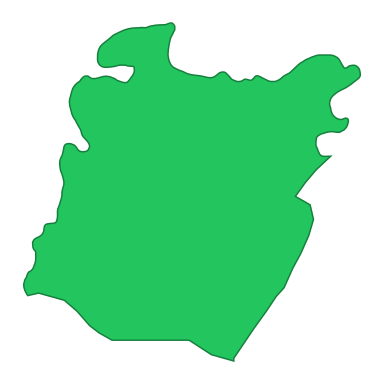 outline of Onsong, Hamgyŏng-bukto, North Korea
{"feature_id": "82179303B70197071761439", "entity_name": "Onsong", "entity_type": "district", "adm_level": 2, "iso_a3": "PRK", "parent_name": "North Korea", "parent_adm1": "Hamgyŏng-bukto", "projection": "orthographic", "projection_center": [129.959, 42.885], "detail": "fine", "context": "isolated", "style": "filled", "palette": "green", "viewbox_px": 384, "rotation_deg": 0, "n_neighbors": 0, "source": "geoboundaries", "source_scale": "gbopen_adm2", "svg_char_len": 5673}
<svg xmlns="http://www.w3.org/2000/svg" viewBox="0 0 384 384"><path d="M233.8,361.0L233.8,358.3L253.4,329.2L266.4,311.1L276.2,296.5L284.1,287.7L292.8,268.2L300.8,253.5L308.8,235.4L313.5,219.4L310.1,204.8L295.4,196.4L305.4,182.5L316.1,169.9L330.7,156.2L324.2,156.4L322.9,156.2L322.0,156.0L321.1,155.5L320.5,155.2L319.6,154.1L318.0,150.5L317.4,148.7L316.7,147.3L316.5,146.5L316.1,145.8L316.0,145.4L315.9,144.2L315.9,142.5L316.3,138.9L316.7,137.3L317.1,136.7L318.8,135.3L321.2,134.0L326.5,132.4L328.2,132.0L331.6,131.6L333.8,131.8L336.2,132.2L339.6,132.3L341.2,131.3L341.8,131.1L344.2,129.8L345.9,127.9L346.4,127.3L347.1,125.9L347.5,124.9L348.3,121.9L348.4,121.3L348.3,120.0L348.1,119.4L347.8,119.0L347.4,118.6L346.7,118.3L346.0,118.1L345.3,118.2L344.5,118.4L342.8,119.1L342.0,119.4L341.3,119.5L339.5,119.4L336.9,118.5L336.3,118.1L334.4,116.7L333.3,115.5L332.8,114.9L332.3,114.0L332.0,113.2L331.6,112.5L331.1,110.9L330.8,109.5L330.7,108.2L330.2,106.8L330.1,106.1L329.9,105.7L329.6,104.5L329.6,104.0L329.7,102.1L330.4,99.7L331.1,97.9L331.7,97.3L331.8,97.0L333.5,95.2L334.7,94.2L336.1,93.1L337.7,91.9L341.8,89.7L346.1,87.6L347.4,86.7L349.5,85.4L353.6,82.3L354.2,81.7L355.1,81.1L357.4,79.3L359.1,77.9L359.6,77.1L360.2,75.7L360.3,73.7L360.1,72.6L359.8,70.9L359.4,69.3L358.9,68.5L358.2,67.5L356.9,66.4L355.7,65.6L355.0,65.4L354.4,65.3L352.3,65.3L350.1,65.7L348.7,66.2L347.5,67.2L346.2,68.0L345.1,68.2L344.6,68.1L344.1,67.8L343.2,66.5L341.8,64.3L341.3,63.2L339.1,59.4L337.3,57.6L335.2,56.4L333.4,55.6L331.5,55.2L329.9,55.0L319.5,55.0L317.6,55.2L315.4,55.8L313.1,56.7L312.5,56.8L305.9,59.7L301.8,62.3L301.3,62.5L298.8,64.3L290.3,72.3L288.8,73.4L287.1,74.2L283.9,76.0L282.8,76.8L281.2,78.3L279.8,79.3L279.1,79.8L276.2,81.2L275.5,81.4L273.7,81.5L272.6,81.5L271.0,81.5L269.8,81.3L268.2,80.8L263.3,78.4L260.1,76.7L258.0,75.9L257.5,75.8L257.0,75.8L256.1,75.9L255.5,76.2L254.8,76.9L254.0,77.9L253.1,78.7L252.4,79.5L252.0,79.9L251.5,80.0L250.5,80.3L249.9,80.2L248.8,80.0L246.9,79.4L245.5,79.2L244.6,79.3L244.1,79.5L242.1,80.8L241.4,81.1L240.7,81.3L238.6,81.6L237.2,81.5L235.1,80.8L233.0,79.9L232.5,79.7L231.4,79.0L230.8,78.3L230.3,77.5L229.1,76.2L227.4,74.4L226.8,73.9L226.2,73.2L224.9,72.4L224.0,72.0L221.5,72.1L219.6,72.8L218.9,73.3L215.5,76.0L214.8,76.5L213.3,77.2L211.9,77.6L211.3,77.7L208.3,77.6L205.0,76.9L201.8,76.1L197.6,75.5L194.7,75.2L192.1,74.8L190.3,74.5L187.5,73.7L186.4,73.3L183.5,71.8L178.4,69.9L174.8,68.1L173.3,67.2L172.8,66.9L171.0,64.9L169.8,62.5L169.5,61.7L168.9,60.2L168.1,56.0L168.0,53.3L168.2,52.0L168.3,49.4L168.7,47.6L168.7,46.8L169.1,44.9L169.1,44.1L169.4,43.3L169.8,41.3L170.5,38.3L171.6,36.1L172.3,34.6L173.3,32.8L173.5,32.2L174.4,30.6L174.7,29.9L174.8,28.4L174.8,27.0L174.7,26.1L174.4,25.5L173.8,24.7L172.7,23.4L172.2,23.2L171.7,23.0L169.8,23.1L165.7,24.6L165.2,24.7L157.8,25.0L154.3,25.4L149.7,26.3L147.3,27.2L146.7,27.5L146.4,27.6L144.7,27.7L140.8,27.5L139.0,27.8L133.6,28.0L131.6,28.2L128.1,28.9L124.1,30.1L121.1,31.4L116.3,33.7L113.7,35.0L112.5,35.9L108.8,39.2L105.5,41.7L102.0,44.6L101.0,45.8L100.5,46.2L99.5,48.0L98.8,49.4L98.6,50.0L97.9,52.9L97.6,54.4L97.6,55.2L97.5,59.3L97.7,61.0L97.9,62.1L98.8,63.8L99.7,65.0L101.6,66.4L102.7,66.9L104.2,67.2L107.0,67.3L108.5,67.1L110.8,67.0L115.6,66.2L118.4,65.3L121.7,65.1L125.3,65.2L125.9,65.3L126.9,65.7L128.1,66.0L129.8,66.1L130.8,66.3L132.2,66.2L133.1,66.4L133.6,66.7L134.1,67.4L134.2,68.3L134.3,70.3L134.3,71.3L133.9,73.0L133.6,73.6L132.4,75.8L131.4,77.0L129.7,79.5L128.4,81.1L127.0,82.4L125.8,82.6L125.0,82.6L123.2,82.4L121.9,82.1L120.0,81.4L117.3,80.4L116.2,79.7L114.9,78.8L113.5,78.1L112.8,77.9L110.1,76.8L108.6,76.5L106.4,76.2L104.0,76.4L102.8,76.6L101.9,77.0L100.8,77.1L98.3,77.9L95.6,78.5L93.6,78.6L92.1,78.5L91.1,78.2L90.4,77.8L89.7,77.3L88.8,76.7L88.2,76.2L87.5,76.0L86.5,76.0L85.7,76.0L84.9,76.2L84.3,76.4L83.3,77.0L82.3,78.0L81.5,78.7L79.9,81.1L79.3,81.7L78.5,82.1L77.0,83.2L74.9,85.2L73.7,87.0L72.8,88.4L71.8,91.3L71.5,92.3L71.0,94.2L70.7,95.1L70.6,96.2L69.9,98.2L69.4,101.1L69.4,102.0L69.8,105.8L70.3,107.6L70.6,109.2L70.9,110.0L71.4,111.7L71.5,112.6L71.7,113.4L73.1,116.8L73.3,117.1L74.5,119.1L75.2,120.0L78.0,125.4L80.2,129.0L81.0,131.0L81.5,133.2L82.3,135.4L82.7,136.0L83.3,136.9L84.8,138.5L86.7,140.5L88.0,142.2L88.9,143.7L89.4,145.3L89.6,146.1L89.4,147.4L89.1,148.0L88.7,148.7L88.2,149.8L87.7,150.4L87.2,150.8L85.7,151.4L84.0,151.7L81.8,151.8L79.6,151.1L79.0,150.7L78.5,150.3L77.4,149.0L76.1,146.9L75.0,145.8L74.5,145.3L73.8,144.9L71.8,144.1L70.9,143.8L69.4,143.6L68.6,143.6L67.1,143.8L66.5,143.9L65.4,144.5L64.7,145.3L64.4,145.9L63.9,147.1L63.8,147.8L63.4,150.2L62.4,154.4L61.9,155.9L60.8,157.9L60.0,160.3L59.7,162.2L59.7,164.4L60.2,168.5L60.5,170.2L61.2,172.3L61.9,173.9L63.2,178.3L63.6,180.3L63.8,181.0L63.9,182.0L63.9,182.9L63.9,184.4L63.7,185.3L62.8,188.2L61.9,192.2L62.0,193.9L61.9,195.2L61.7,196.9L61.1,199.3L60.7,200.4L59.8,203.6L58.4,207.6L57.9,208.7L57.6,210.1L57.5,211.2L57.5,216.8L56.8,220.7L56.2,221.8L55.8,222.4L55.2,222.8L53.7,223.2L50.1,223.5L47.7,223.8L46.4,224.2L45.9,224.4L45.1,225.2L44.5,226.1L44.2,227.4L43.7,231.0L43.5,231.7L43.3,232.3L42.6,233.6L42.2,234.2L41.1,235.4L39.8,236.3L38.5,237.0L36.9,237.7L35.2,238.7L34.0,239.7L32.8,241.8L32.6,242.6L32.6,243.3L32.9,246.8L33.0,247.6L33.6,249.1L35.3,251.2L35.6,252.0L35.7,252.6L35.8,257.9L35.6,260.7L35.1,262.8L34.8,263.8L33.0,268.4L32.5,269.2L31.1,270.7L30.4,271.2L29.1,271.8L28.6,272.2L28.2,272.7L27.2,274.7L26.5,277.0L26.1,277.8L25.0,279.6L24.7,280.2L24.1,282.8L23.8,283.7L23.7,284.6L24.0,287.8L24.3,288.6L24.9,290.5L25.9,292.5L26.2,293.0L26.5,293.7L27.7,295.6L38.7,293.1L64.3,300.3L77.0,311.2L89.7,325.7L99.2,333.0L112.0,340.2L189.1,340.2L211.4,354.7L233.8,361.0Z" fill="#22c55e" stroke="#15803d" stroke-width="1.5"/></svg>